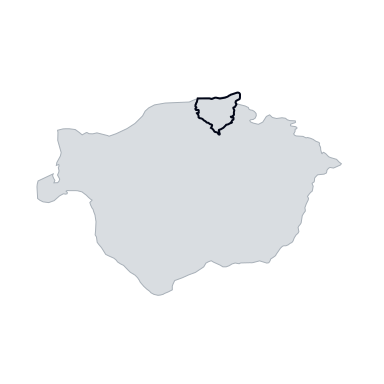 Romania, with Dolj highlighted, rotated 167°
{"feature_id": "ROU-122", "entity_name": "Dolj", "entity_type": "County", "adm_level": 1, "iso_a3": "ROU", "parent_name": "Romania", "parent_adm1": "", "projection": "natural_earth1", "projection_center": [23.693, 44.245], "detail": "fine", "context": "in_parent", "style": "outline", "palette": "ink", "viewbox_px": 384, "rotation_deg": 167, "n_neighbors": 0, "source": "natural_earth", "source_scale": "10m", "svg_char_len": 5701}
<svg xmlns="http://www.w3.org/2000/svg" viewBox="0 0 384 384"><g transform="rotate(167 192 192)"><path d="M295.7,212.7L299.2,216.9L303.5,219.1L313.5,221.5L314.4,221.2L314.5,220.7L313.8,220.1L313.6,219.4L314.1,218.4L315.5,218.3L317.7,219.2L322.0,218.0L328.2,214.6L334.0,213.9L339.3,215.9L342.1,218.2L343.9,220.4L343.4,223.1L343.1,224.8L341.9,231.9L341.0,234.5L339.5,237.4L323.2,240.9L324.2,239.2L323.7,236.3L323.0,234.1L324.5,232.0L320.8,231.3L319.2,232.4L318.0,234.3L319.2,238.8L317.4,241.2L316.8,242.6L316.8,245.8L315.7,247.2L315.6,248.8L318.2,248.4L317.0,251.2L312.2,256.6L310.6,259.8L311.2,272.5L309.2,280.2L309.1,282.4L303.8,282.5L302.2,282.3L297.3,281.2L291.7,279.1L288.3,275.2L286.2,272.4L281.5,273.7L280.6,273.3L279.3,272.0L275.7,271.0L271.3,271.0L261.4,265.9L260.3,265.0L252.6,265.9L241.0,268.4L232.2,271.6L223.1,277.2L219.4,281.4L215.2,283.7L209.0,285.3L198.1,284.7L186.7,282.6L174.5,280.3L167.9,281.5L158.9,280.6L145.5,277.9L135.4,277.0L125.5,278.6L123.9,277.4L123.5,276.0L123.9,274.0L125.3,272.4L127.7,271.2L129.0,269.9L129.1,268.7L126.4,266.7L120.9,263.9L118.7,262.1L118.1,261.7L118.0,260.2L116.8,258.9L114.7,258.0L113.1,256.4L111.9,254.1L112.2,251.9L113.8,249.8L116.0,248.9L118.6,249.2L119.7,248.6L119.2,247.1L116.7,245.3L112.1,243.0L107.3,244.2L102.5,248.9L99.0,249.7L96.9,246.5L93.1,244.6L87.6,244.1L84.3,242.8L83.0,241.0L80.7,239.6L75.4,238.1L75.4,236.7L76.2,236.3L78.1,236.2L80.6,235.9L81.0,235.1L81.0,234.3L79.1,233.4L77.1,232.7L76.1,232.1L75.4,231.4L75.3,230.7L75.9,230.1L76.7,230.1L77.5,229.7L77.9,228.0L79.0,226.5L79.8,226.0L79.7,225.0L79.0,224.0L77.9,223.2L76.3,222.7L71.3,221.2L68.8,219.1L67.2,219.1L64.8,217.9L62.2,216.1L59.9,213.6L57.5,212.0L56.9,211.3L56.8,210.6L57.3,209.9L57.3,209.2L56.7,206.7L57.1,204.0L57.0,201.6L57.0,200.5L56.6,200.1L56.1,200.5L55.5,201.0L54.9,201.1L53.1,199.3L50.9,195.6L49.3,194.4L46.3,192.7L43.8,191.3L42.0,188.2L40.1,185.9L41.4,184.9L48.7,183.5L52.1,184.9L53.6,184.4L55.1,183.3L55.9,182.4L56.1,181.5L56.8,180.3L59.3,179.7L65.7,180.5L68.4,178.8L69.4,177.9L70.0,176.0L70.7,174.4L73.0,173.5L73.0,172.1L72.6,170.5L74.0,167.1L74.9,165.6L76.2,165.1L77.8,164.0L80.5,161.7L79.9,159.7L80.5,158.2L83.4,154.6L85.6,151.2L85.6,149.5L85.9,147.9L87.8,146.3L89.9,144.1L92.6,137.4L93.6,136.3L95.3,135.0L96.6,133.7L96.8,129.3L98.0,128.0L100.4,126.6L102.7,124.3L104.6,121.5L106.1,120.3L108.0,119.9L110.1,118.9L112.5,118.5L114.7,119.0L116.2,118.7L118.4,117.4L123.9,112.4L124.7,111.4L125.9,110.7L130.4,109.0L131.5,107.3L133.1,105.8L135.1,105.9L141.6,109.7L148.5,109.5L149.8,109.6L150.2,109.7L151.1,110.0L160.4,111.9L161.8,111.7L162.2,111.5L165.9,113.1L169.2,112.9L172.4,111.8L175.6,111.4L178.7,112.1L180.9,114.3L186.9,118.9L188.7,120.7L191.4,120.4L194.4,119.6L197.4,116.4L206.7,112.9L213.8,112.0L220.8,110.6L228.8,109.6L231.1,106.7L232.4,104.7L233.2,101.1L237.5,100.0L241.7,99.3L243.1,98.8L246.1,98.7L248.4,99.0L252.1,100.8L254.6,103.0L255.6,104.8L257.8,107.4L260.2,110.9L262.7,115.7L263.3,118.1L264.3,120.7L266.2,123.8L269.8,127.3L270.4,128.0L272.0,130.5L275.2,135.9L277.9,138.1L280.2,140.5L281.3,142.9L283.0,145.1L286.9,148.0L290.1,150.6L292.7,158.1L294.5,161.6L295.7,164.3L295.2,169.7L296.0,172.0L294.6,176.2L292.2,184.7L291.7,191.4L292.2,195.1L292.3,197.4L293.0,198.9L293.7,202.0L293.9,204.7L293.0,205.4L291.7,206.1L291.2,206.6L292.4,207.8L294.1,210.1L295.7,212.7Z" fill="#d9dde1" stroke="#a8b0b8" stroke-width="1"/><path d="M125.5,278.7L124.5,278.4L123.7,277.8L123.3,277.0L123.3,276.1L124.1,273.0L124.5,272.1L125.1,271.7L125.8,271.6L127.1,271.2L127.8,271.1L128.9,270.6L129.5,269.3L129.2,268.1L128.4,267.8L128.5,267.8L131.1,265.2L132.1,265.0L132.5,265.0L132.7,264.9L132.8,264.4L132.8,263.9L132.7,263.4L132.5,262.7L132.4,262.2L132.5,261.8L133.2,260.4L133.3,260.1L133.5,259.1L133.6,258.3L133.8,257.8L134.1,257.5L135.8,256.6L136.2,256.5L136.9,256.6L137.1,256.6L137.1,256.3L137.0,256.1L136.8,255.9L136.6,255.8L136.3,255.7L135.6,255.6L135.2,255.6L135.0,255.4L134.9,255.1L134.9,254.8L135.1,254.0L135.2,253.6L135.3,253.4L135.5,253.2L136.2,253.0L136.7,252.8L137.1,252.3L137.3,252.0L137.5,251.7L138.2,251.2L138.0,250.9L137.7,250.9L137.6,250.7L138.0,250.5L140.1,250.3L140.5,250.1L141.0,249.9L141.8,249.8L143.6,249.8L144.0,249.4L147.0,247.5L150.0,246.6L151.6,246.5L151.8,246.4L152.0,246.1L152.0,245.8L152.0,245.5L151.9,245.3L151.9,245.0L151.9,244.8L152.0,244.2L152.0,243.7L152.0,243.3L151.9,243.0L151.9,242.7L151.9,242.4L152.0,242.1L152.1,241.9L152.3,241.8L152.5,241.9L152.9,242.0L153.2,242.3L153.5,243.3L153.5,243.6L153.7,244.0L153.9,244.3L154.5,244.6L155.0,244.8L156.0,245.4L156.4,245.6L156.6,246.0L157.3,248.0L157.7,248.6L158.2,249.4L159.1,250.2L157.9,251.5L157.5,252.2L157.4,252.5L157.4,252.8L157.6,253.1L157.9,253.4L159.2,254.1L159.5,254.4L160.4,255.6L160.6,255.8L160.9,255.9L161.3,256.0L161.7,256.2L162.2,256.6L162.6,257.4L163.0,257.9L163.4,258.3L164.1,258.9L164.4,259.2L164.7,259.7L165.0,260.3L165.3,260.7L165.7,261.1L166.8,261.8L167.6,262.1L168.0,262.3L168.6,262.9L168.8,263.3L168.8,263.6L168.7,263.9L168.5,264.2L168.5,264.7L168.5,265.3L168.8,266.3L169.4,267.4L169.5,267.7L169.2,267.8L168.9,267.7L168.5,267.6L168.1,267.6L167.8,267.6L167.6,267.7L167.5,267.9L167.5,268.1L167.5,268.6L167.3,269.2L167.2,269.6L167.1,270.0L167.2,270.3L167.4,270.5L167.6,270.6L167.9,270.7L168.9,270.8L169.4,270.9L169.8,271.2L169.9,271.6L170.0,272.0L170.0,272.3L169.8,272.6L169.2,272.9L168.9,273.1L168.7,273.5L168.8,273.8L169.3,274.5L169.4,274.9L169.3,275.1L168.9,276.3L168.7,276.5L168.3,276.8L168.2,277.0L168.1,277.5L167.9,277.7L167.4,278.2L167.1,278.5L165.4,281.9L154.0,279.3L152.2,278.3L151.5,278.2L148.7,278.7L148.2,278.7L147.3,278.5L143.8,276.8L138.7,276.5L135.7,276.9L134.5,277.5L133.4,277.7L132.4,278.1L129.8,278.3L125.5,278.7Z" fill="none" stroke="#020617" stroke-width="2"/></g></svg>